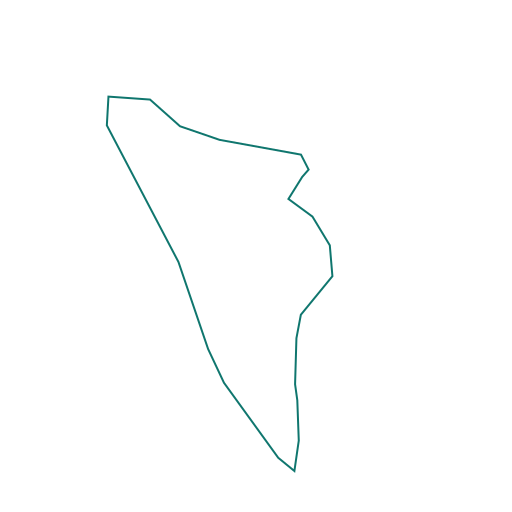 outline of Eua, rotated 153°
{"feature_id": "TON-4949", "entity_name": "Eua", "entity_type": "state/province", "adm_level": 1, "iso_a3": "TON", "parent_name": "Tonga", "parent_adm1": "", "projection": "albers", "projection_center": [-174.943, -21.369], "detail": "fine", "context": "isolated", "style": "outline", "palette": "teal", "viewbox_px": 512, "rotation_deg": 153, "n_neighbors": 0, "source": "natural_earth", "source_scale": "10m", "svg_char_len": 438}
<svg xmlns="http://www.w3.org/2000/svg" viewBox="0 0 512 512"><g transform="rotate(153 256 256)"><path d="M327.8,66.1L342.1,157.6L340.9,194.9L327.8,285.9L329.6,440.1L315.1,465.0L279.4,443.5L264.8,406.1L235.7,376.0L169.9,325.9L169.9,309.1L178.9,305.5L201.2,292.1L187.8,265.4L185.4,232.0L197.1,203.3L242.7,183.3L257.3,164.4L279.4,124.0L284.7,108.7L301.7,72.1L319.4,47.0L327.8,66.1Z" fill="none" stroke="#0f766e" stroke-width="2"/></g></svg>